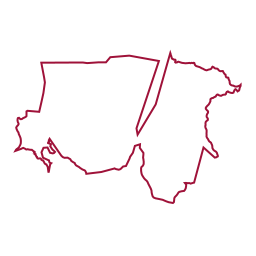 Santiago Yucuyachi, Oaxaca, Mexico
{"feature_id": "50627088B52041523995534", "entity_name": "Santiago Yucuyachi", "entity_type": "district", "adm_level": 2, "iso_a3": "MEX", "parent_name": "Mexico", "parent_adm1": "Oaxaca", "projection": "orthographic", "projection_center": [-98.214, 17.61], "detail": "fine", "context": "isolated", "style": "outline", "palette": "rose", "viewbox_px": 256, "rotation_deg": 0, "n_neighbors": 0, "source": "geoboundaries", "source_scale": "gbopen_adm2", "svg_char_len": 5468}
<svg xmlns="http://www.w3.org/2000/svg" viewBox="0 0 256 256"><path d="M194.1,182.6L203.5,147.5L214.8,157.6L215.6,157.4L216.3,157.3L217.2,156.7L217.8,156.4L217.8,155.5L217.2,154.0L217.0,153.1L216.3,152.0L215.5,151.3L214.8,151.0L214.0,150.4L213.4,149.8L212.5,148.3L212.4,147.6L212.3,146.4L212.2,145.5L211.9,144.7L211.5,143.9L211.0,142.7L210.3,142.1L209.6,141.7L208.9,140.9L208.4,140.0L208.2,139.4L207.3,138.2L206.7,137.1L206.5,136.4L206.6,135.0L206.5,133.7L206.6,131.8L206.6,130.1L206.1,128.9L205.5,127.8L205.3,126.5L205.3,125.8L205.6,125.1L205.5,123.8L205.5,123.0L205.8,121.8L207.0,120.6L207.7,120.2L207.9,119.1L207.7,118.3L207.1,117.6L206.7,116.9L206.6,116.1L206.7,115.4L207.0,114.3L207.4,113.7L208.0,112.7L208.1,111.7L207.8,111.0L207.3,110.6L206.8,110.1L206.4,109.5L205.8,108.8L205.8,107.8L206.1,107.2L206.8,106.5L207.2,105.9L207.8,105.4L208.8,104.4L209.8,102.6L210.4,101.3L210.4,100.6L210.4,99.6L210.7,98.8L211.6,98.4L212.2,98.0L213.2,97.9L214.0,97.3L214.6,96.9L215.5,96.7L216.0,96.0L216.3,95.4L217.0,94.7L217.8,94.5L218.4,95.0L219.9,95.6L221.1,95.8L222.8,94.9L224.3,94.6L225.3,94.6L226.0,93.9L226.2,92.9L226.8,91.9L227.3,91.7L227.9,91.4L228.5,92.0L229.4,92.3L230.4,92.7L231.2,92.9L232.5,93.0L233.5,92.6L233.7,91.9L234.1,91.1L234.3,90.4L234.9,89.7L235.4,89.2L236.1,89.5L236.6,90.1L237.1,90.8L237.6,91.4L238.4,90.8L238.9,90.6L239.2,90.1L239.4,89.4L239.5,88.6L239.7,88.0L239.9,87.4L240.1,86.8L240.6,85.9L240.6,84.8L239.7,85.7L238.5,86.0L237.6,86.4L236.5,86.6L235.9,86.6L234.8,86.4L234.3,86.1L233.6,85.8L233.0,85.5L232.2,85.5L231.6,85.3L231.0,85.0L230.1,84.2L229.8,83.4L229.7,82.7L229.6,82.0L229.6,81.1L228.8,79.6L228.5,78.6L228.4,77.9L227.9,77.5L227.3,77.6L226.3,77.3L225.8,76.5L225.7,75.7L225.5,74.6L224.9,74.3L224.2,73.5L223.8,72.8L223.3,72.1L222.9,71.1L222.2,71.0L221.6,71.1L220.5,71.2L219.8,71.0L219.2,70.6L218.6,70.1L217.9,69.1L217.3,68.7L216.5,68.6L215.6,68.5L214.9,68.3L214.4,68.0L213.8,67.3L213.3,67.1L212.6,66.7L212.1,67.1L211.9,67.7L211.1,68.8L210.5,69.2L209.5,69.4L208.2,69.7L207.6,70.0L206.6,70.3L205.3,70.0L204.3,69.5L203.7,69.2L203.1,68.8L201.8,68.3L200.6,67.6L199.6,67.1L198.0,66.6L196.3,66.1L195.7,65.7L194.9,64.8L194.3,63.0L193.6,62.8L192.9,63.1L191.9,62.9L191.3,62.9L190.4,63.2L189.4,62.9L188.0,63.1L187.0,63.1L185.9,63.3L184.8,63.2L184.0,63.1L182.2,62.9L181.8,62.8L180.5,62.4L178.4,61.7L177.5,62.0L177.0,62.4L175.6,62.6L175.1,62.1L175.3,61.3L175.5,60.8L175.6,60.2L175.2,59.7L174.3,59.6L173.6,59.6L173.1,59.1L172.4,58.9L171.9,58.5L171.8,57.9L171.4,56.8L171.3,56.1L170.8,55.1L170.6,53.9L170.3,53.0L168.6,58.9L155.7,104.4L137.6,134.6L136.5,128.3L158.9,61.0L129.6,55.7L128.6,55.7L110.3,57.2L106.0,62.3L98.9,62.3L87.2,63.1L82.7,62.5L41.3,62.7L44.1,77.4L44.9,82.4L43.4,93.1L41.4,102.2L39.2,111.8L27.4,110.8L26.5,111.4L26.5,112.5L26.5,114.0L26.5,114.8L26.5,115.5L26.4,116.3L25.5,117.0L24.1,117.7L23.1,118.1L22.3,118.8L21.5,119.1L20.7,119.2L20.2,119.0L19.6,118.4L19.0,117.8L17.9,118.1L17.6,119.0L17.5,120.3L17.6,120.8L17.7,121.5L18.0,122.5L18.4,123.1L18.6,123.8L18.5,124.4L17.9,125.3L17.2,126.0L16.7,126.6L16.2,127.7L16.6,129.1L17.1,130.2L17.5,131.1L17.9,131.7L18.3,132.2L18.6,133.0L18.8,134.1L19.5,135.5L20.1,136.9L20.6,138.3L20.8,139.7L20.9,141.0L20.8,143.2L20.4,144.6L19.7,145.9L19.2,147.0L18.4,147.8L17.4,148.7L16.8,149.0L16.0,149.8L15.4,150.9L21.3,148.8L22.4,148.2L23.2,147.9L25.4,148.9L26.0,149.4L26.6,149.5L27.7,149.2L28.7,149.5L29.8,149.7L31.0,149.8L31.8,149.8L33.5,151.2L34.4,151.7L34.1,152.5L34.7,152.5L34.7,153.7L35.1,153.9L34.8,154.2L35.2,154.5L35.7,154.8L35.8,155.4L36.1,155.7L36.2,156.2L36.3,156.5L36.5,156.8L36.9,156.9L36.9,157.3L37.2,157.9L37.5,158.1L37.6,158.4L38.2,158.6L39.7,158.4L40.3,158.4L41.2,159.1L41.5,159.9L42.3,160.3L43.2,160.5L43.6,161.5L43.9,161.8L44.6,163.3L45.4,164.1L46.1,164.4L46.4,164.4L46.9,165.4L47.7,166.8L48.0,168.9L48.5,172.6L48.7,172.0L48.8,171.5L48.9,170.9L49.0,170.8L49.2,169.3L50.0,165.2L50.1,164.6L50.7,163.7L51.2,163.2L50.0,162.8L49.6,162.6L49.5,162.4L49.3,162.0L49.0,160.4L48.2,160.1L43.0,157.7L41.5,152.3L43.5,147.8L47.5,147.5L50.1,152.8L52.8,153.4L54.0,153.0L55.0,151.9L53.7,150.6L52.4,149.5L50.3,146.3L50.9,144.3L49.3,143.5L48.1,143.1L48.1,142.4L49.1,141.7L48.8,140.3L49.6,138.8L61.3,155.7L62.8,157.1L64.5,157.8L66.6,157.7L67.7,157.7L69.4,158.7L70.3,159.2L71.2,160.8L72.7,161.9L74.8,163.1L75.0,163.9L76.0,165.3L76.8,165.8L79.0,167.0L80.3,168.1L81.6,168.9L82.3,169.4L83.5,169.9L84.3,170.2L85.0,170.6L85.6,171.5L86.1,172.8L86.3,173.8L101.3,172.0L114.0,168.6L114.6,168.4L115.4,168.9L116.4,169.2L117.4,169.4L118.6,169.7L119.8,169.4L120.7,168.9L121.8,167.8L123.1,166.5L126.0,166.0L126.6,164.7L129.5,158.7L130.1,156.8L132.9,152.8L134.9,145.9L140.0,144.3L139.8,147.9L143.4,152.9L143.4,154.4L143.2,156.5L143.1,157.7L143.4,159.2L143.5,160.2L143.7,161.5L143.7,163.3L143.6,164.2L143.1,165.3L142.8,165.8L142.4,166.2L141.4,167.1L141.1,168.2L141.1,170.5L141.2,171.5L141.5,173.3L141.9,174.7L142.8,176.3L144.1,178.3L145.4,179.7L146.5,180.6L147.5,181.9L148.5,184.2L149.2,185.5L149.8,186.7L150.2,187.4L151.0,189.1L151.5,190.6L151.6,191.9L151.7,192.8L152.0,194.1L152.6,196.2L153.6,197.5L155.5,198.3L159.0,199.0L162.7,199.8L164.5,200.6L166.4,201.4L168.7,202.2L170.3,202.5L172.0,202.8L172.9,203.0L173.9,202.1L174.2,199.7L174.3,198.3L174.7,197.3L175.6,196.3L176.6,195.3L177.7,193.8L178.4,192.6L179.2,191.9L181.4,191.3L184.1,190.9L184.9,189.9L185.7,188.4L186.1,186.2L186.2,184.6L184.9,183.0L185.8,182.9L187.3,183.1L188.5,183.1L189.5,183.1L190.6,183.6L193.6,182.7L194.1,182.6Z" fill="none" stroke="#9f1239" stroke-width="2"/></svg>